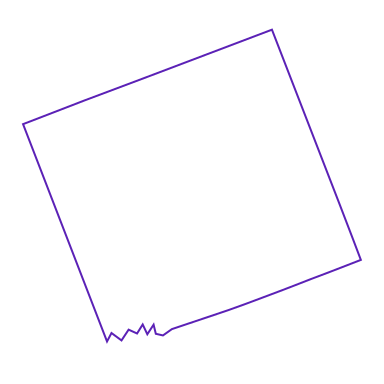 outline of Warren, Iowa, United States of America, rotated 159°
{"feature_id": "52423323B43281818632829", "entity_name": "Warren", "entity_type": "district", "adm_level": 2, "iso_a3": "USA", "parent_name": "United States of America", "parent_adm1": "Iowa", "projection": "robinson", "projection_center": [-93.528, 41.336], "detail": "fine", "context": "isolated", "style": "outline", "palette": "violet", "viewbox_px": 384, "rotation_deg": 159, "n_neighbors": 0, "source": "geoboundaries", "source_scale": "gbopen_adm2", "svg_char_len": 453}
<svg xmlns="http://www.w3.org/2000/svg" viewBox="0 0 384 384"><g transform="rotate(159 192 192)"><path d="M325.4,315.9L324.9,82.9L317.7,89.2L311.0,78.7L300.5,86.2L294.0,79.6L285.5,86.0L284.7,75.2L275.4,81.9L276.6,72.6L270.5,68.5L259.9,71.2L200.6,68.7L181.5,68.3L142.6,68.0L134.3,68.0L111.9,68.1L92.4,68.0L58.7,68.1L58.6,91.0L58.6,129.3L58.8,191.4L59.2,314.9L192.9,315.5L259.7,316.0L325.4,315.9Z" fill="none" stroke="#5b21b6" stroke-width="2"/></g></svg>